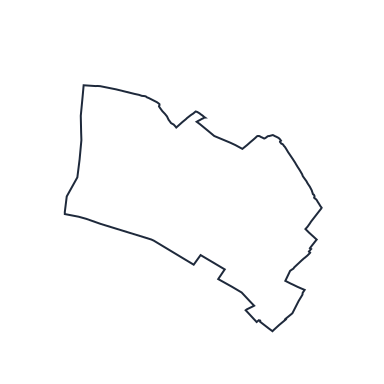 Ghidici, Dolj, Romania, rotated 117°
{"feature_id": "2599482B59241638748717", "entity_name": "Ghidici", "entity_type": "district", "adm_level": 2, "iso_a3": "ROU", "parent_name": "Romania", "parent_adm1": "Dolj", "projection": "orthographic", "projection_center": [23.199, 43.873], "detail": "fine", "context": "isolated", "style": "outline", "palette": "slate", "viewbox_px": 384, "rotation_deg": 117, "n_neighbors": 0, "source": "geoboundaries", "source_scale": "gbopen_adm2", "svg_char_len": 3465}
<svg xmlns="http://www.w3.org/2000/svg" viewBox="0 0 384 384"><g transform="rotate(117 192 192)"><path d="M147.1,69.4L146.4,71.0L144.9,73.4L143.7,75.5L143.1,76.4L142.7,77.0L142.4,77.6L142.1,78.5L142.1,79.0L141.9,79.5L141.8,79.8L141.7,80.3L141.7,80.5L141.4,80.7L140.9,80.7L140.7,80.7L140.4,80.8L140.2,80.9L140.0,81.0L139.8,81.3L139.6,81.5L139.4,81.8L139.2,82.0L139.1,82.3L139.0,82.6L139.1,83.0L139.0,83.3L138.7,83.7L138.4,83.9L138.0,84.2L137.7,84.5L137.2,85.1L136.8,85.5L136.3,85.9L133.8,89.4L132.3,92.1L131.2,93.9L130.6,94.6L130.3,95.2L128.5,98.7L127.6,100.4L127.2,100.9L126.5,101.6L126.0,102.2L125.4,103.2L124.6,104.4L123.9,105.5L122.8,107.3L121.8,109.1L120.0,112.0L119.0,113.5L118.2,114.9L117.1,116.8L116.9,117.1L116.6,117.7L115.7,119.3L114.6,121.3L113.6,123.1L112.9,124.4L111.5,126.6L110.4,128.4L110.0,129.1L109.6,129.8L109.3,130.8L108.7,131.8L108.5,132.3L108.3,132.7L108.2,133.4L108.3,133.8L108.4,134.2L108.2,134.8L107.8,135.5L107.4,136.4L107.2,136.5L106.5,136.3L105.9,136.0L105.3,137.1L105.0,137.8L104.6,139.0L104.5,140.2L104.5,142.0L104.6,143.8L104.5,145.3L104.7,146.0L105.0,146.3L105.7,147.1L106.7,148.2L107.2,148.7L107.4,149.2L107.7,149.6L108.3,150.0L110.2,150.9L111.1,151.5L111.6,152.0L111.6,152.6L111.6,153.6L111.6,154.1L111.6,154.6L111.7,155.1L111.7,155.5L111.6,156.3L111.6,157.4L111.8,157.7L111.9,158.2L112.1,158.6L112.4,159.0L112.6,159.1L112.9,159.4L113.4,159.6L114.4,159.9L116.2,160.6L117.7,161.2L121.0,162.6L125.1,164.2L130.7,166.7L130.5,174.7L130.7,180.4L132.0,197.6L130.3,205.1L128.8,211.9L128.0,215.5L127.5,218.4L127.3,219.7L125.9,218.8L124.1,217.5L122.5,216.5L121.6,215.7L120.7,215.2L120.1,214.7L119.8,214.2L119.7,215.0L119.1,217.3L118.8,219.6L118.5,220.9L118.3,223.6L118.5,224.8L118.6,225.3L121.7,226.6L123.0,227.4L124.1,228.0L128.4,230.0L129.9,230.5L134.0,232.3L137.1,233.5L141.7,235.3L141.1,236.6L140.2,239.0L140.2,240.4L140.1,242.0L139.0,244.1L138.3,245.6L137.0,247.3L136.0,248.6L135.3,250.2L134.7,251.5L133.4,255.2L131.4,259.1L130.7,260.3L130.2,260.4L129.3,260.4L128.5,260.9L128.2,262.1L127.9,264.1L127.9,266.4L127.9,270.8L127.9,273.3L128.1,275.1L127.8,276.6L128.0,277.4L128.2,278.1L129.1,280.3L129.5,283.3L130.7,287.8L135.0,306.2L138.5,318.7L139.4,321.9L140.5,324.5L141.3,325.8L146.1,337.0L149.6,335.6L156.6,332.8L174.6,325.7L189.3,317.8L196.0,314.1L214.1,306.9L231.0,300.8L252.8,301.6L267.7,296.2L269.4,295.3L265.5,281.8L263.9,273.9L261.9,258.9L259.8,246.9L252.8,206.7L252.7,203.9L255.3,167.4L256.0,157.5L244.3,155.7L246.1,127.7L256.7,129.0L257.7,129.1L258.3,113.2L259.0,102.1L259.2,101.6L262.6,92.2L263.9,88.6L265.1,85.0L265.4,85.2L266.1,85.7L270.1,88.7L271.7,89.9L273.0,90.5L274.2,87.1L277.0,79.5L278.1,76.4L278.5,75.4L277.4,74.9L276.1,74.3L276.2,74.1L276.0,73.9L275.8,73.5L275.7,73.4L275.6,73.0L275.7,72.8L276.0,72.6L276.7,72.4L278.7,61.8L279.5,57.1L278.2,56.7L271.0,54.0L263.1,50.6L263.0,51.2L262.6,51.1L255.2,47.8L254.4,47.5L252.1,47.5L240.7,47.5L233.8,47.0L233.2,47.0L232.9,47.1L232.5,47.3L232.0,47.5L231.5,47.6L228.1,47.2L228.2,48.9L228.3,50.0L228.6,55.0L228.7,60.4L228.8,62.5L228.8,68.5L220.6,68.7L217.7,68.8L216.4,68.1L215.1,67.4L214.5,67.0L214.1,66.8L213.9,66.8L213.6,66.8L213.2,66.8L212.5,66.6L202.5,63.0L201.9,62.7L200.9,62.4L199.5,61.7L196.2,60.3L194.6,59.8L193.7,59.5L192.5,59.2L192.0,60.8L191.9,60.8L191.2,60.6L189.0,60.1L188.7,60.0L188.5,61.4L185.2,60.8L182.7,60.3L178.6,59.5L177.8,59.3L175.0,69.5L173.5,74.1L170.5,73.3L166.5,72.7L164.4,72.5L147.7,69.3L147.1,69.4Z" fill="none" stroke="#1e293b" stroke-width="2"/></g></svg>